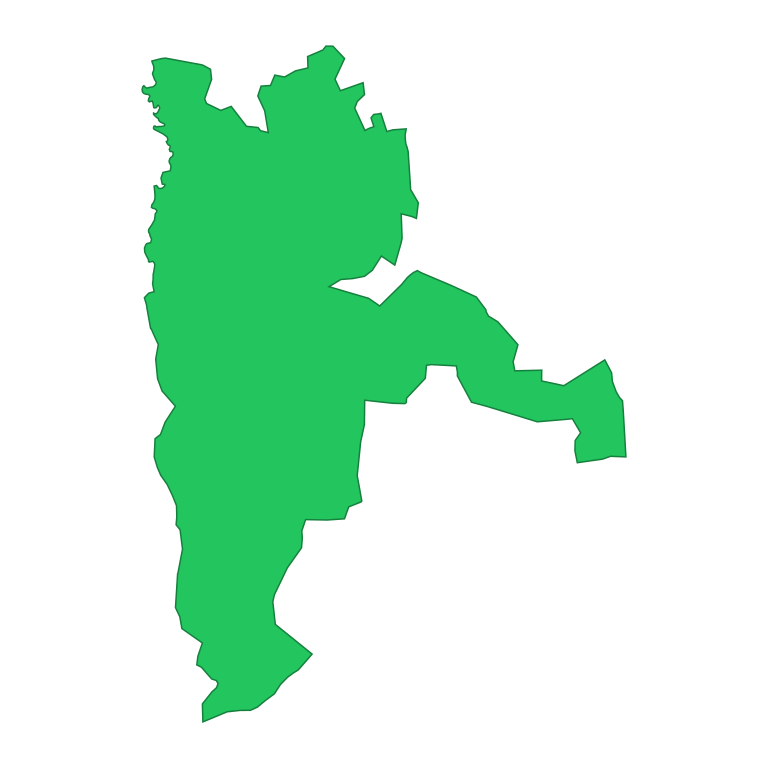 Garko, Kano, Nigeria (Natural Earth projection)
{"feature_id": "59680162B51570410917379", "entity_name": "Garko", "entity_type": "district", "adm_level": 2, "iso_a3": "NGA", "parent_name": "Nigeria", "parent_adm1": "Kano", "projection": "natural_earth1", "projection_center": [8.82, 11.564], "detail": "fine", "context": "isolated", "style": "filled", "palette": "green", "viewbox_px": 768, "rotation_deg": 0, "n_neighbors": 0, "source": "geoboundaries", "source_scale": "gbopen_adm2", "svg_char_len": 4632}
<svg xmlns="http://www.w3.org/2000/svg" viewBox="0 0 768 768"><path d="M622.5,400.7L619.5,397.5L616.1,391.6L612.4,381.5L611.6,372.8L604.8,359.9L563.8,385.7L542.3,381.1L541.6,380.9L541.7,370.9L541.8,370.2L515.3,370.8L514.8,370.8L513.3,362.7L513.1,361.8L517.9,344.9L517.9,344.7L506.2,331.3L497.9,321.9L488.5,316.1L486.2,311.9L485.8,309.7L476.3,297.0L451.3,285.5L421.1,272.7L417.4,270.6L413.3,272.6L410.2,275.0L407.5,277.4L401.6,284.5L379.7,306.0L368.6,298.3L357.6,295.1L329.0,286.7L340.8,279.5L352.6,278.6L364.5,276.3L372.3,270.3L381.4,256.1L394.8,265.1L400.8,244.0L402.1,238.4L401.2,213.8L411.8,216.5L416.4,218.4L418.3,202.8L411.5,191.0L410.7,190.1L408.9,162.8L408.8,161.5L408.5,157.0L408.2,151.8L407.0,147.0L405.9,144.2L405.4,140.0L405.1,135.3L406.2,128.9L393.0,129.8L386.8,131.5L380.9,113.3L378.8,113.9L375.7,114.2L373.7,114.5L371.0,117.9L373.9,126.7L369.2,128.3L367.4,129.2L364.9,130.5L363.7,127.8L354.7,108.1L357.3,101.5L364.5,94.6L363.1,82.7L362.5,82.9L340.4,90.7L340.0,89.9L335.0,79.2L344.6,58.5L343.9,57.8L332.9,46.2L326.0,46.1L322.7,50.1L307.6,56.5L308.0,67.9L295.4,70.9L284.6,77.0L274.8,75.1L270.5,85.5L261.1,86.1L257.8,96.0L264.7,110.8L268.3,132.6L260.5,130.7L258.6,128.2L258.0,127.5L246.5,126.3L231.8,107.2L231.2,106.4L220.8,110.4L206.5,103.5L204.7,98.8L211.6,79.3L210.5,69.3L203.5,65.5L202.1,64.9L165.5,58.1L161.3,58.6L151.9,61.0L152.3,62.7L153.0,64.3L153.7,66.4L153.9,69.7L153.2,71.6L152.8,72.5L152.5,73.8L153.5,76.6L154.6,79.6L155.3,80.7L156.2,82.0L156.0,83.9L154.9,85.4L153.2,86.7L151.9,87.1L149.8,87.3L147.9,87.9L146.4,88.0L145.1,87.1L144.5,86.1L143.6,85.8L142.8,86.8L142.4,88.2L142.1,89.6L142.3,91.1L142.9,92.5L144.1,93.6L145.6,94.1L146.8,94.4L148.3,94.4L149.4,95.3L149.9,96.1L148.7,98.8L148.3,100.9L149.4,101.9L152.1,101.0L152.7,102.1L153.2,103.9L153.5,106.0L153.8,107.6L154.7,107.9L156.2,107.7L157.0,106.7L157.5,105.4L158.3,105.3L159.1,106.1L159.6,107.2L159.5,108.8L158.5,110.8L157.7,112.5L156.4,113.6L154.9,113.8L153.6,113.1L153.5,114.1L154.4,115.4L155.7,116.6L157.2,117.9L158.3,118.4L158.7,120.2L159.1,120.8L160.0,121.8L162.0,122.9L163.5,123.4L164.7,124.3L164.7,125.2L164.3,125.8L163.4,126.1L162.0,126.4L160.0,126.5L157.7,126.6L156.7,126.9L156.0,126.7L155.1,126.0L154.1,126.1L153.6,127.2L153.6,128.7L154.8,129.7L157.1,130.8L161.2,132.9L163.0,133.9L165.6,135.8L167.2,137.1L167.9,139.6L167.3,140.9L166.3,141.7L167.4,143.8L168.4,145.0L169.9,145.6L170.3,146.8L169.9,147.9L169.3,149.4L170.0,151.4L171.0,151.6L172.1,151.6L173.0,152.3L173.1,154.0L172.9,155.3L172.1,156.7L171.0,157.2L170.6,157.7L169.8,158.8L169.1,161.0L169.4,162.8L170.2,164.0L171.0,166.1L170.3,170.8L163.0,172.4L161.0,178.0L162.2,184.1L164.7,184.4L164.9,185.2L164.5,186.2L163.6,187.1L162.3,188.1L160.8,188.5L159.6,188.4L158.2,188.1L157.6,186.6L156.4,185.5L154.1,186.1L154.7,191.4L155.0,195.8L154.9,199.0L153.7,202.2L151.9,204.8L151.4,207.2L152.4,208.1L155.3,208.9L156.8,210.5L156.7,211.8L155.2,213.9L155.0,216.5L154.4,220.4L153.4,221.9L151.7,225.0L149.0,228.9L148.5,230.6L148.7,232.3L149.8,234.1L150.0,235.8L151.5,239.0L151.0,241.8L150.4,242.8L147.6,243.3L146.6,243.8L145.8,244.8L145.1,246.5L144.5,247.9L144.6,249.9L144.7,251.3L144.9,252.5L145.9,254.7L146.6,256.2L148.3,259.2L148.5,260.5L148.6,261.6L149.3,262.1L152.3,261.4L153.3,261.7L154.3,263.1L154.7,264.3L154.7,265.9L153.8,271.5L153.2,274.3L153.1,279.7L152.6,283.8L154.1,291.7L153.6,291.8L148.8,293.1L145.9,296.1L144.4,297.7L146.6,305.2L146.6,305.4L147.0,308.4L150.5,328.0L150.9,328.8L151.2,328.7L153.3,333.6L158.3,344.6L155.7,359.1L157.6,378.8L162.1,391.0L175.4,406.2L165.1,422.2L160.5,434.5L155.1,438.6L154.2,456.9L157.4,467.5L160.8,475.4L167.2,484.5L172.4,495.4L176.5,505.6L176.8,516.8L176.1,524.8L180.1,529.8L182.5,549.1L178.2,571.8L178.1,572.4L177.6,573.8L175.5,607.6L179.8,616.7L181.9,628.6L202.4,643.0L197.9,656.2L196.8,664.9L201.4,667.2L211.7,679.0L216.3,680.5L218.0,683.5L216.6,687.6L211.9,691.9L202.4,703.9L202.9,721.9L227.1,711.8L240.1,710.4L250.5,710.3L257.4,707.1L265.5,700.4L274.4,693.8L280.6,684.3L287.5,677.3L292.7,673.4L298.4,669.8L312.1,654.1L275.3,624.4L272.8,601.7L274.4,594.7L287.3,567.9L301.5,547.8L302.3,538.0L301.8,530.9L305.6,519.6L327.2,520.0L344.5,518.8L348.7,506.9L361.3,501.8L361.8,501.0L359.4,487.6L357.2,475.7L360.7,441.6L364.4,424.6L364.7,400.2L371.9,401.0L392.8,403.3L404.9,403.6L406.3,402.5L406.6,398.1L425.3,378.3L426.5,365.3L431.4,364.6L455.8,365.9L456.3,365.9L457.4,372.0L457.4,376.0L460.3,381.4L462.0,384.6L471.5,402.2L486.2,406.2L509.9,413.4L537.3,421.8L566.8,419.3L572.4,418.7L580.6,432.8L575.2,440.5L574.9,450.5L577.3,462.7L602.6,459.1L610.5,456.3L625.9,456.9L623.3,411.6L623.3,411.4L622.5,400.7Z" fill="#22c55e" stroke="#15803d" stroke-width="1.5"/></svg>